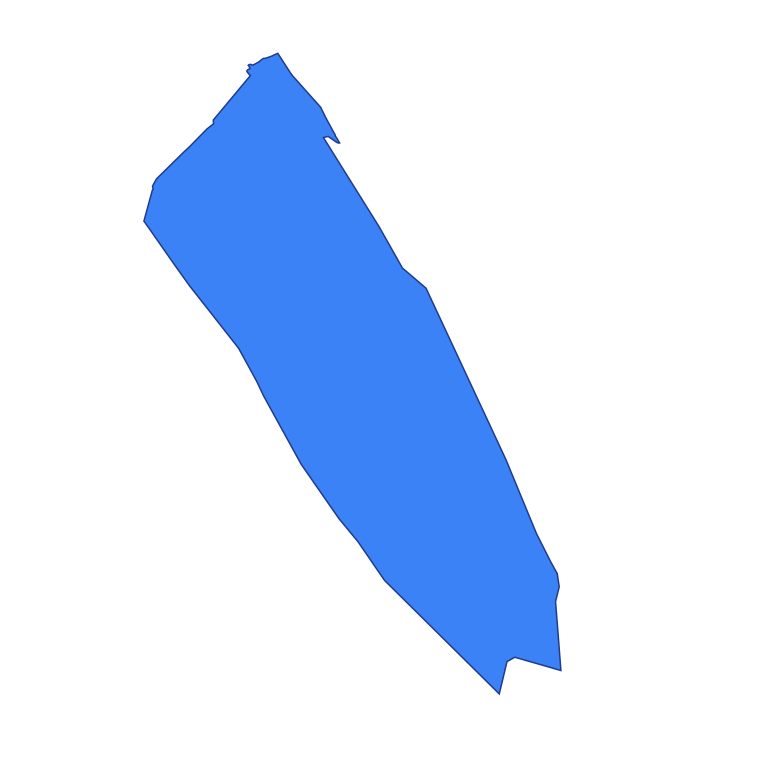 San Andrés Huayápam, Oaxaca, Mexico, rotated 142°
{"feature_id": "50627088B54075186818998", "entity_name": "San Andrés Huayápam", "entity_type": "district", "adm_level": 2, "iso_a3": "MEX", "parent_name": "Mexico", "parent_adm1": "Oaxaca", "projection": "natural_earth1", "projection_center": [-96.677, 17.131], "detail": "fine", "context": "isolated", "style": "filled", "palette": "blue", "viewbox_px": 768, "rotation_deg": 142, "n_neighbors": 0, "source": "geoboundaries", "source_scale": "gbopen_adm2", "svg_char_len": 1485}
<svg xmlns="http://www.w3.org/2000/svg" viewBox="0 0 768 768"><g transform="rotate(142 384 384)"><path d="M484.0,68.8L458.0,89.5L449.2,88.2L421.0,49.3L400.2,80.6L382.8,106.9L370.8,116.3L364.2,128.0L362.2,140.7L355.9,172.4L334.5,249.2L291.9,433.6L298.1,464.0L291.1,510.4L280.0,615.5L275.6,613.5L274.4,609.7L273.5,606.9L272.9,604.7L272.2,602.8L271.4,601.8L270.6,601.3L270.5,601.8L270.4,602.5L270.1,604.9L269.8,607.1L269.7,609.2L269.0,610.7L268.6,613.8L268.5,614.7L268.5,614.9L268.4,615.0L267.4,620.9L266.4,626.9L266.3,627.4L265.8,630.2L265.8,630.4L263.6,640.7L263.5,641.7L263.6,642.4L264.9,661.5L265.5,670.9L265.7,674.3L266.3,682.8L266.3,683.1L266.2,684.9L266.2,686.7L265.9,689.8L265.1,698.8L264.1,709.9L268.8,711.2L269.6,711.2L276.0,713.3L277.4,714.0L277.9,714.3L278.4,714.7L279.2,715.0L280.9,714.9L283.6,715.0L284.6,714.9L287.9,715.4L288.7,715.6L290.7,716.0L291.5,716.5L292.0,717.2L292.2,717.8L292.5,718.2L293.2,718.5L293.7,718.7L294.8,718.7L294.8,717.5L295.1,715.5L295.7,715.0L296.0,715.0L296.5,715.3L297.2,715.5L298.8,715.4L299.5,715.0L299.7,713.9L299.6,713.4L299.7,712.2L299.6,710.6L299.5,709.3L356.0,697.1L358.2,694.0L366.3,694.0L391.3,690.7L400.3,689.9L437.0,685.7L442.4,683.4L443.2,683.1L444.9,682.1L445.8,679.7L446.5,679.6L447.0,679.5L472.9,660.2L473.2,653.6L475.7,606.8L476.8,580.7L476.7,555.3L476.6,517.1L476.6,501.6L478.9,487.5L482.7,464.4L486.3,448.3L498.7,371.7L502.4,305.5L501.6,275.8L504.5,228.9L484.0,68.8Z" fill="#3b82f6" stroke="#1e3a8a" stroke-width="1.5"/></g></svg>